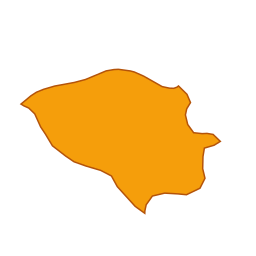 outline of Koksan, Hwanghae-bukto, North Korea, rotated 224°
{"feature_id": "82179303B26306903245930", "entity_name": "Koksan", "entity_type": "district", "adm_level": 2, "iso_a3": "PRK", "parent_name": "North Korea", "parent_adm1": "Hwanghae-bukto", "projection": "orthographic", "projection_center": [126.675, 38.725], "detail": "fine", "context": "isolated", "style": "filled", "palette": "amber", "viewbox_px": 256, "rotation_deg": 224, "n_neighbors": 0, "source": "geoboundaries", "source_scale": "gbopen_adm2", "svg_char_len": 807}
<svg xmlns="http://www.w3.org/2000/svg" viewBox="0 0 256 256"><g transform="rotate(224 128 128)"><path d="M56.7,78.3L58.3,80.1L61.6,85.4L63.2,96.0L59.8,101.3L56.4,106.6L46.3,115.3L39.6,120.6L34.4,134.7L37.7,145.3L46.0,150.6L54.2,159.5L59.1,166.6L54.1,175.4L52.3,182.5L54.0,182.5L62.3,182.5L67.4,179.0L70.7,175.5L77.5,170.2L87.5,172.0L95.8,177.3L99.1,182.6L100.7,189.7L109.0,193.2L120.9,193.3L121.1,191.5L122.6,188.4L125.8,185.5L132.2,181.5L152.7,176.2L162.3,172.7L165.9,170.7L175.6,163.6L178.7,160.3L183.4,153.9L192.3,133.3L198.3,123.4L209.9,107.2L215.6,97.2L218.7,90.2L220.2,83.7L221.6,70.9L218.3,71.6L213.3,73.4L204.9,73.4L191.6,68.1L183.3,66.3L170.0,62.7L153.4,64.5L143.4,66.2L131.7,71.5L118.3,78.5L106.6,82.0L95.0,78.4L68.3,76.6L56.7,78.3Z" fill="#f59e0b" stroke="#b45309" stroke-width="1.5"/></g></svg>